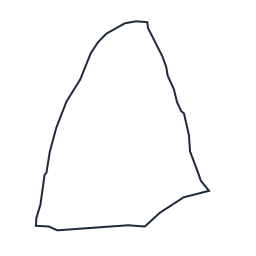 San José Chacayá, Sololá, Guatemala (Albers equal-area conic projection), rotated 4°
{"feature_id": "79465075B53734633338650", "entity_name": "San José Chacayá", "entity_type": "district", "adm_level": 2, "iso_a3": "GTM", "parent_name": "Guatemala", "parent_adm1": "Sololá", "projection": "albers", "projection_center": [-91.228, 14.774], "detail": "fine", "context": "isolated", "style": "outline", "palette": "slate", "viewbox_px": 256, "rotation_deg": 4, "n_neighbors": 0, "source": "geoboundaries", "source_scale": "gbopen_adm2", "svg_char_len": 566}
<svg xmlns="http://www.w3.org/2000/svg" viewBox="0 0 256 256"><g transform="rotate(4 128 128)"><path d="M99.8,35.4L92.0,44.7L85.6,56.1L77.0,82.8L64.8,105.9L56.4,132.9L51.6,157.5L49.8,178.1L48.0,180.8L46.0,210.5L42.8,224.6L42.9,228.8L42.9,232.0L56.1,231.8L64.6,235.0L135.0,225.0L151.6,225.1L165.7,210.3L188.4,193.2L213.2,185.0L204.3,175.5L201.3,168.4L191.5,146.9L189.3,131.0L182.8,109.5L180.0,107.6L175.1,98.8L171.1,86.2L163.9,73.0L161.9,64.5L157.2,54.0L140.9,26.7L139.9,21.1L128.6,21.0L117.5,23.8L99.8,35.4Z" fill="none" stroke="#1e293b" stroke-width="2"/></g></svg>